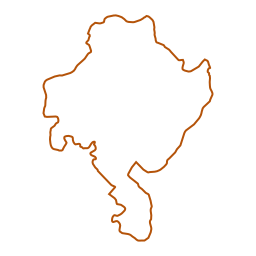 map outline of Ghazni (Natural Earth projection)
{"feature_id": "AFG-1757", "entity_name": "Ghazni", "entity_type": "Province", "adm_level": 1, "iso_a3": "AFG", "parent_name": "Afghanistan", "parent_adm1": "", "projection": "natural_earth1", "projection_center": [67.708, 33.141], "detail": "fine", "context": "isolated", "style": "outline", "palette": "amber", "viewbox_px": 256, "rotation_deg": 0, "n_neighbors": 0, "source": "natural_earth", "source_scale": "10m", "svg_char_len": 5274}
<svg xmlns="http://www.w3.org/2000/svg" viewBox="0 0 256 256"><path d="M47.0,116.9L44.8,116.5L43.5,113.2L44.2,108.3L44.8,106.7L45.1,106.2L45.2,105.8L45.3,105.2L45.5,100.8L45.7,99.6L45.9,98.7L46.2,97.8L46.1,95.0L43.6,87.3L43.6,85.3L43.7,84.7L44.9,81.6L45.8,80.6L46.2,80.3L47.1,79.7L54.7,76.5L59.6,75.4L61.7,75.5L62.1,75.5L70.3,73.0L72.0,72.1L73.9,70.7L75.2,68.9L75.8,67.6L76.8,66.1L77.6,65.1L83.0,60.3L84.8,58.6L87.7,54.3L88.3,53.6L88.9,53.2L90.8,52.1L91.0,51.6L91.1,50.9L89.9,47.1L89.3,45.5L88.9,44.8L88.7,44.7L87.5,44.0L86.6,43.4L86.3,43.0L86.4,42.4L86.9,41.7L87.8,40.8L88.1,40.5L88.4,40.1L89.2,37.2L89.8,36.1L89.7,35.5L89.6,34.9L88.0,33.6L89.6,29.3L90.0,28.6L90.6,26.9L91.7,25.5L95.2,22.8L99.3,23.4L100.7,23.3L103.4,22.4L103.8,22.1L104.0,21.8L104.5,19.4L104.8,18.8L105.4,18.3L106.5,17.4L107.2,17.0L107.9,16.7L113.7,15.5L115.9,15.4L118.5,16.0L121.7,17.2L124.3,19.1L126.4,21.2L127.4,21.6L128.5,21.9L132.5,22.2L133.6,22.2L134.9,21.9L140.4,20.0L142.8,18.6L144.0,17.6L144.5,17.4L145.1,17.1L145.4,16.8L146.6,16.0L148.5,16.5L149.7,17.4L152.3,19.8L153.0,20.9L153.5,21.9L154.3,26.6L154.4,27.4L154.2,29.0L154.2,29.8L154.4,30.7L154.6,31.9L154.7,32.7L154.7,33.4L154.6,34.1L154.6,35.0L154.9,36.1L155.6,38.7L155.7,40.2L156.3,42.0L157.1,42.6L158.2,42.9L163.6,45.1L164.0,45.5L164.9,47.0L169.0,49.6L170.3,51.0L170.6,51.5L177.9,59.4L178.5,60.0L179.0,60.2L179.4,60.2L180.2,60.2L181.0,60.0L182.9,59.9L183.7,62.2L183.7,62.8L183.6,63.6L182.9,65.8L182.5,67.5L182.5,68.4L182.6,69.1L182.8,69.3L183.0,69.6L183.8,70.1L184.9,70.6L188.3,71.5L189.2,71.5L190.6,71.3L191.3,71.0L198.6,66.7L199.1,66.2L202.7,61.6L204.8,59.5L207.4,60.8L207.7,61.2L208.1,61.9L208.3,62.6L208.9,64.7L209.7,66.6L210.0,67.4L210.1,67.9L209.9,68.1L209.2,68.2L208.8,68.4L208.5,68.8L208.1,69.5L207.8,70.3L207.7,71.4L207.8,72.0L208.2,72.4L208.6,72.7L209.0,73.1L209.1,73.5L209.1,74.7L209.2,75.1L209.8,75.8L210.0,78.2L209.7,82.0L209.9,85.7L210.1,87.7L210.5,89.0L211.5,90.9L212.3,92.8L212.5,93.9L212.4,94.8L210.3,99.5L209.8,101.3L209.6,101.5L203.7,107.0L202.7,108.4L201.8,111.4L201.4,113.3L200.9,115.0L200.0,116.8L199.1,118.3L194.0,124.4L185.9,130.5L184.9,131.9L184.3,133.2L180.4,145.4L176.9,149.3L176.2,150.6L175.2,152.4L169.3,158.4L168.2,159.3L167.4,160.1L167.2,160.5L167.0,161.5L166.9,163.2L166.3,164.3L164.0,166.8L160.5,169.6L159.4,170.2L157.1,171.2L154.8,171.7L149.6,172.1L148.5,172.4L147.8,172.3L147.0,171.9L143.4,169.6L136.1,162.1L131.9,167.3L128.4,173.7L128.2,174.3L128.1,174.8L128.1,175.3L129.9,177.4L137.9,183.7L138.6,186.1L139.4,187.2L141.9,189.0L145.7,192.8L146.2,193.1L148.0,194.0L148.3,194.2L148.6,194.5L148.9,195.2L150.6,200.8L151.2,204.0L151.5,205.2L151.7,206.0L151.7,206.7L150.9,208.7L150.7,209.8L150.7,211.0L151.3,215.3L151.1,219.2L150.3,220.4L150.0,221.1L149.9,221.9L150.0,223.1L151.2,227.5L151.3,228.4L151.3,229.3L150.7,232.3L148.4,237.8L145.0,240.2L144.5,240.5L138.8,240.6L138.0,240.5L137.2,240.1L136.1,239.3L134.8,238.1L132.4,236.5L130.7,235.1L129.6,234.5L127.9,234.0L122.6,233.2L122.0,233.0L120.8,232.1L119.9,231.5L119.7,231.1L119.5,230.6L119.5,229.6L120.2,225.6L120.0,224.6L119.7,223.7L118.8,222.4L118.1,221.7L117.5,221.3L117.0,221.1L116.7,221.1L116.4,221.1L115.9,221.2L113.4,222.0L113.1,222.0L112.8,221.9L112.4,221.6L112.1,221.0L112.0,220.1L112.2,218.5L112.5,217.4L113.0,216.5L113.5,215.9L113.9,215.5L114.2,215.3L114.4,215.2L114.8,215.2L116.1,215.6L116.9,215.8L117.2,215.8L117.6,215.8L118.0,215.6L120.4,214.4L121.9,213.3L123.3,211.9L124.5,210.6L124.9,210.0L125.1,209.4L125.2,208.8L125.1,208.3L124.7,207.6L123.9,206.8L121.1,204.9L120.5,204.7L117.2,204.1L116.9,203.9L116.7,203.5L116.0,200.0L114.6,198.2L109.1,194.1L115.0,187.3L115.1,187.0L114.9,186.7L112.0,185.4L111.1,184.8L98.1,171.2L97.8,170.8L97.6,169.9L97.4,169.5L95.2,167.4L93.0,164.0L92.6,162.7L92.6,161.6L92.7,161.1L92.9,160.6L93.1,160.1L93.3,159.8L93.6,159.5L93.9,159.4L95.2,159.3L95.5,159.2L95.8,159.0L95.9,158.7L95.9,158.4L95.9,158.0L95.6,157.6L95.2,157.0L94.5,156.5L91.5,155.2L91.0,154.8L90.5,154.0L90.4,153.4L90.6,152.9L91.0,152.5L94.3,150.6L94.8,150.3L95.1,149.9L95.4,149.5L95.7,149.0L95.7,148.4L95.7,147.9L95.6,147.2L95.4,146.6L95.2,146.1L95.0,145.8L94.7,145.3L94.2,144.8L94.1,144.6L94.0,144.3L94.1,144.0L94.3,143.7L94.6,143.1L94.7,142.8L94.8,142.4L94.8,142.1L94.6,141.8L94.2,141.7L93.2,141.9L92.7,142.2L92.3,142.5L90.9,144.2L89.9,146.0L89.1,147.1L88.7,147.5L88.3,147.8L87.7,148.1L87.1,148.2L84.5,148.2L83.9,148.4L83.4,148.4L83.0,148.2L82.2,147.4L81.7,147.1L80.5,146.7L80.3,146.5L80.2,146.0L80.3,145.2L80.2,144.9L80.1,144.5L79.9,144.2L79.6,144.0L79.2,143.9L78.4,143.9L75.7,144.3L75.4,144.3L74.9,144.0L74.4,143.5L73.5,142.1L73.2,141.1L72.9,140.1L72.8,138.0L72.6,137.5L72.4,137.1L71.9,136.8L71.2,136.5L68.7,135.9L66.3,136.1L65.2,136.5L64.8,136.7L64.4,137.1L64.3,137.6L64.3,138.5L64.6,139.3L65.0,140.1L66.1,141.9L66.4,142.4L66.5,142.8L66.2,143.6L65.6,144.6L64.2,146.7L63.1,148.8L62.9,149.3L62.7,149.8L62.2,150.2L61.7,150.5L59.1,150.5L58.1,150.0L53.9,149.1L52.9,148.6L52.1,147.8L51.4,146.7L50.8,145.1L50.4,143.2L50.0,139.4L50.1,137.7L50.2,136.5L50.4,135.9L50.5,135.1L50.3,132.2L50.6,130.7L50.7,130.4L50.8,129.1L50.9,128.8L51.1,128.4L51.5,128.0L54.5,125.8L54.9,125.2L55.6,124.0L55.9,123.6L56.4,123.2L57.9,122.4L58.1,122.1L58.3,121.4L58.4,120.3L58.2,118.8L57.7,117.6L57.2,116.9L55.8,116.5L47.0,116.9Z" fill="none" stroke="#b45309" stroke-width="2"/></svg>